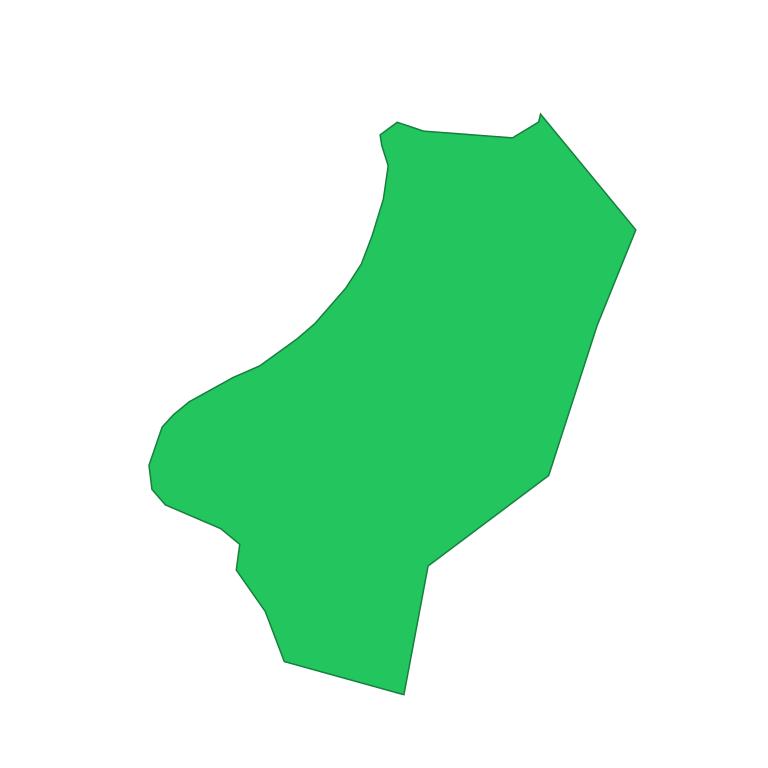 the district of Bella Rosa, Castries, Saint Lucia, rotated 283°
{"feature_id": "8701671B73008172575008", "entity_name": "Bella Rosa", "entity_type": "district", "adm_level": 2, "iso_a3": "LCA", "parent_name": "Saint Lucia", "parent_adm1": "Castries", "projection": "mercator", "projection_center": [-60.996, 14.008], "detail": "fine", "context": "isolated", "style": "filled", "palette": "green", "viewbox_px": 768, "rotation_deg": 283, "n_neighbors": 0, "source": "geoboundaries", "source_scale": "gbopen_adm2", "svg_char_len": 587}
<svg xmlns="http://www.w3.org/2000/svg" viewBox="0 0 768 768"><g transform="rotate(283 384 384)"><path d="M85.8,470.6L85.8,473.3L216.6,467.9L331.8,565.0L333.6,565.2L488.8,578.5L590.8,594.7L682.2,475.8L674.1,475.8L652.7,453.8L639.3,365.6L642.0,338.0L625.9,324.2L616.2,328.0L597.5,339.0L564.0,341.8L525.1,339.0L495.7,334.9L468.9,325.2L427.4,303.1L408.6,289.3L373.8,258.9L356.4,235.5L322.9,198.2L306.8,185.8L292.1,177.5L251.9,173.3L229.1,181.6L217.0,198.2L206.3,257.5L195.3,279.5L169.5,281.9L135.5,319.6L91.1,349.3L85.8,470.6Z" fill="#22c55e" stroke="#15803d" stroke-width="1.5"/></g></svg>